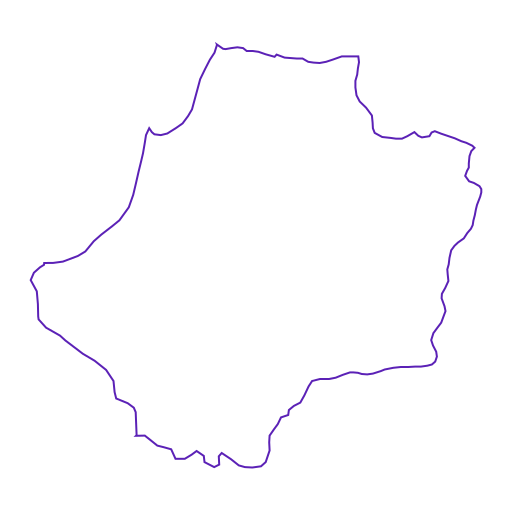 the district of Lubok Antu, Sarawak, Malaysia
{"feature_id": "92858781B44551979255249", "entity_name": "Lubok Antu", "entity_type": "district", "adm_level": 2, "iso_a3": "MYS", "parent_name": "Malaysia", "parent_adm1": "Sarawak", "projection": "natural_earth1", "projection_center": [111.911, 1.298], "detail": "fine", "context": "isolated", "style": "outline", "palette": "violet", "viewbox_px": 512, "rotation_deg": 0, "n_neighbors": 0, "source": "geoboundaries", "source_scale": "gbopen_adm2", "svg_char_len": 2496}
<svg xmlns="http://www.w3.org/2000/svg" viewBox="0 0 512 512"><path d="M136.0,435.8L144.8,435.6L151.6,441.0L157.3,445.6L163.7,447.2L171.2,449.3L175.5,458.8L184.8,458.8L191.6,454.7L196.6,451.0L203.8,455.9L204.5,462.1L214.2,467.1L219.2,464.6L218.8,456.3L221.7,453.0L231.0,459.2L238.8,465.4L244.9,467.1L252.4,467.5L261.0,466.3L265.7,462.1L269.6,450.5L269.2,442.3L269.6,435.6L273.9,429.4L277.8,424.1L281.0,417.4L288.2,415.0L288.9,410.0L293.9,405.9L300.3,402.6L304.3,395.5L308.6,386.4L312.1,381.0L320.0,379.0L329.0,379.0L335.7,377.7L342.9,374.8L350.0,372.4L353.3,372.4L357.9,372.8L361.8,374.0L367.2,374.4L372.9,373.6L380.8,371.1L384.7,369.5L393.3,367.8L400.8,367.0L408.3,367.0L415.1,366.6L420.9,366.6L427.3,365.7L431.9,364.5L435.2,361.6L436.9,356.6L436.2,351.7L433.0,345.5L431.2,340.1L433.4,333.1L437.7,327.3L441.2,322.7L445.5,311.1L444.5,306.2L441.6,298.3L441.9,293.8L445.2,288.0L448.4,281.0L447.7,274.3L447.3,269.4L448.7,264.4L449.5,257.8L451.2,250.3L454.5,245.8L458.0,242.5L463.8,238.4L467.3,233.0L470.9,228.8L472.7,225.1L473.4,220.6L474.8,215.2L475.9,209.4L477.0,204.9L480.2,196.6L481.3,192.4L481.3,189.1L479.5,186.2L473.8,182.9L469.1,181.3L465.2,175.9L467.0,170.9L468.8,167.6L468.8,163.5L469.5,156.1L471.3,151.1L474.5,147.8L472.3,145.7L466.3,142.8L461.3,141.2L454.8,138.3L441.2,133.7L434.8,131.2L431.6,132.5L429.4,136.2L421.9,137.4L418.3,135.8L414.4,132.1L407.3,136.2L401.9,138.7L396.2,138.7L390.5,137.9L382.2,137.0L374.7,132.9L372.9,128.3L372.6,122.6L371.9,115.5L366.1,107.7L359.7,101.5L356.5,95.3L355.4,87.4L355.4,80.8L357.2,74.6L357.9,68.4L359.0,62.2L358.3,56.4L348.3,56.4L341.8,56.4L332.5,59.7L326.1,61.8L319.7,63.0L313.6,62.6L308.2,61.8L302.5,58.5L296.4,58.5L284.6,57.6L276.6,54.6L274.6,56.8L265.7,54.3L258.5,51.8L252.8,51.0L246.7,51.0L243.1,48.1L237.4,47.3L231.3,48.1L225.6,49.1L223.1,48.8L216.9,44.5L217.0,44.8L214.5,52.7L209.9,59.7L205.2,68.8L200.2,79.1L197.4,89.5L192.0,109.4L188.1,116.0L182.6,123.4L176.2,127.9L167.3,133.5L160.8,135.1L154.4,134.3L151.9,132.2L149.2,128.2L146.0,135.1L144.8,142.8L143.0,153.3L141.2,161.0L138.6,171.6L135.9,183.5L133.2,194.9L128.8,207.3L119.4,220.3L112.3,226.1L101.3,234.6L93.8,241.2L85.3,251.5L77.8,256.0L62.9,261.6L53.3,262.9L44.2,263.0L44.0,264.8L40.0,267.3L33.9,272.7L30.7,280.1L33.2,284.7L36.8,291.3L37.9,304.1L38.2,316.5L38.6,319.4L46.1,327.7L60.0,335.6L65.4,340.5L82.9,353.8L94.7,360.8L106.1,369.9L113.5,381.0L114.6,392.1L116.2,398.5L127.7,403.2L133.8,407.7L135.7,412.2L136.6,435.2L136.0,435.8Z" fill="none" stroke="#5b21b6" stroke-width="2"/></svg>